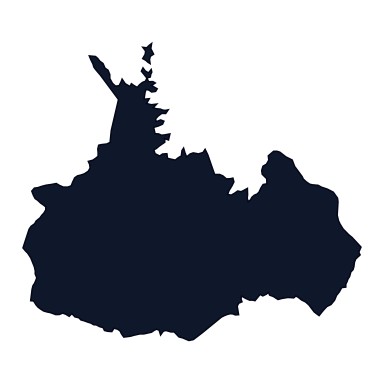 Pedregulho, São Paulo, Brazil
{"feature_id": "56859067B25451774631659", "entity_name": "Pedregulho", "entity_type": "district", "adm_level": 2, "iso_a3": "BRA", "parent_name": "Brazil", "parent_adm1": "São Paulo", "projection": "albers", "projection_center": [-47.446, -20.16], "detail": "fine", "context": "isolated", "style": "filled", "palette": "ink", "viewbox_px": 384, "rotation_deg": 0, "n_neighbors": 0, "source": "geoboundaries", "source_scale": "gbopen_adm2", "svg_char_len": 4225}
<svg xmlns="http://www.w3.org/2000/svg" viewBox="0 0 384 384"><path d="M360.1,254.9L358.8,252.2L361.0,247.1L352.1,237.5L348.6,234.6L343.1,229.0L340.0,224.0L338.5,220.8L337.2,215.2L338.0,201.7L337.5,198.1L333.3,192.2L327.5,189.2L324.9,188.3L321.5,187.2L318.0,185.3L312.3,184.8L309.7,184.2L306.2,181.8L303.3,179.1L302.0,176.4L294.6,166.4L292.2,160.0L285.9,156.9L279.9,152.2L277.1,151.3L273.6,151.3L268.3,155.8L268.8,160.1L266.5,164.2L263.0,166.2L261.7,170.4L262.2,174.2L264.1,176.1L266.7,178.7L266.9,183.8L263.1,184.5L260.9,188.0L259.1,192.0L257.2,194.0L254.3,195.2L251.8,197.4L250.6,199.8L248.1,201.6L247.2,198.1L247.6,194.8L247.4,188.4L243.6,190.5L241.1,191.7L237.7,191.0L234.6,193.2L231.3,195.1L227.6,194.5L229.0,190.6L231.8,186.1L233.9,181.9L232.9,178.1L230.3,178.7L226.4,178.9L222.9,175.9L219.7,174.5L214.6,174.5L207.8,154.9L205.1,149.3L203.0,152.5L198.4,153.9L195.6,153.3L193.2,152.9L190.1,154.0L186.6,156.9L184.9,152.6L183.6,148.1L182.0,150.5L181.3,156.0L178.3,157.7L175.3,160.1L170.8,159.1L167.5,158.3L166.9,153.7L162.5,154.0L159.7,156.0L155.1,153.7L153.8,149.9L156.3,148.5L159.4,145.9L164.8,142.2L164.7,138.6L168.5,140.0L169.1,137.2L169.9,133.9L164.7,134.9L161.4,135.2L158.6,133.9L155.1,133.7L154.4,130.7L153.6,127.4L158.3,126.0L162.5,124.2L163.9,121.2L160.6,119.9L156.3,121.7L155.6,118.8L158.2,116.0L161.7,113.4L165.7,113.5L168.2,109.8L165.3,110.4L162.8,110.1L160.4,109.1L156.3,108.7L153.2,107.7L156.7,104.1L151.2,104.7L146.6,103.5L149.3,98.7L144.1,99.2L144.6,95.4L145.1,92.2L146.0,89.6L148.5,89.9L151.7,92.0L155.6,91.4L157.2,88.8L154.5,87.2L151.6,85.5L155.3,83.0L152.9,81.6L148.6,81.7L146.9,78.0L145.5,81.2L142.5,82.4L139.7,84.6L137.2,87.4L133.9,85.5L131.4,83.7L130.0,86.5L125.2,83.7L122.1,79.1L121.1,81.8L119.1,85.7L115.5,86.1L112.5,83.4L109.8,78.5L109.8,74.6L108.0,70.2L105.0,68.1L103.0,63.5L99.7,61.1L97.8,58.5L95.5,56.5L89.3,55.9L90.9,59.8L93.0,64.0L93.8,66.9L95.3,69.1L97.4,71.6L100.4,75.1L118.5,99.5L111.3,130.4L110.6,137.3L110.1,142.4L106.7,144.0L101.4,144.6L98.7,145.2L97.8,149.0L98.1,152.6L98.1,156.3L95.6,158.3L92.8,160.2L88.3,161.4L89.7,164.5L90.1,168.1L88.2,171.3L84.2,173.9L80.3,175.2L77.6,175.8L74.7,177.8L72.7,182.1L71.2,185.8L68.0,187.1L63.4,187.1L59.6,185.5L56.3,183.5L51.2,184.5L46.1,185.2L41.6,186.4L37.7,187.7L34.4,188.1L31.8,191.1L33.5,195.5L35.2,198.6L37.6,200.2L40.7,203.1L43.6,205.1L45.8,206.9L45.8,209.9L43.8,213.2L41.8,215.3L40.0,217.9L38.0,219.5L36.0,221.2L34.8,223.6L31.1,226.3L29.1,229.2L23.0,247.9L25.4,250.8L27.7,253.1L30.8,257.9L32.6,262.4L34.4,266.8L35.3,271.1L35.2,273.9L36.8,277.8L35.8,280.5L34.5,283.5L33.0,285.7L32.1,289.2L31.7,292.7L31.1,297.3L30.7,300.7L33.7,301.0L35.9,304.6L38.0,307.1L40.4,308.9L43.7,311.0L47.2,312.0L50.3,312.6L55.8,314.6L59.3,314.5L62.7,313.1L65.9,314.3L69.2,316.3L71.9,313.6L74.8,316.8L78.9,317.8L80.9,319.9L84.4,320.9L87.7,322.1L91.0,323.1L93.6,324.7L96.4,324.9L99.5,326.6L103.1,327.6L104.5,330.5L107.7,331.3L111.8,331.6L114.0,328.2L117.7,329.2L120.1,331.0L121.5,333.8L123.8,337.1L127.0,336.7L130.6,336.2L134.1,335.2L140.0,333.9L143.9,333.9L147.4,333.1L151.5,332.2L153.8,330.6L156.3,329.2L159.1,330.1L160.6,335.0L163.2,331.2L166.0,330.5L170.8,331.9L174.2,331.9L176.0,333.8L178.9,336.9L182.7,337.9L188.9,340.5L193.3,339.6L202.2,332.8L221.4,317.1L224.8,315.4L227.8,314.3L230.3,313.7L232.8,313.9L235.3,314.9L238.6,314.7L237.2,306.1L238.7,303.2L242.0,301.8L241.0,299.0L241.6,296.0L245.1,298.1L249.5,300.1L252.6,300.1L255.0,300.7L258.0,297.0L260.2,294.4L262.8,295.9L266.3,294.2L268.5,292.5L269.6,295.1L273.4,296.5L278.0,299.5L282.1,298.4L285.2,297.9L287.7,297.5L290.7,297.6L293.7,297.9L295.9,296.0L298.1,297.2L301.6,300.0L305.5,301.9L308.9,304.9L311.3,308.1L314.2,311.9L316.4,313.6L319.1,315.6L321.7,312.3L323.8,309.8L326.9,306.5L331.0,304.5L334.6,300.1L336.5,295.4L339.3,291.9L341.7,287.6L345.8,287.1L345.8,284.2L347.0,281.7L348.0,279.0L349.6,276.5L350.8,272.0L353.0,269.7L353.9,266.7L354.5,262.0L355.7,259.0L360.1,254.9ZM150.1,63.6L149.5,59.7L150.3,56.3L153.6,54.2L150.8,48.6L151.6,43.5L149.3,45.3L146.7,47.8L142.8,47.3L145.6,51.0L145.2,54.3L142.7,58.6L145.8,60.3L147.9,62.2L150.1,63.6ZM146.9,78.0L150.3,77.0L150.7,74.4L151.8,72.1L151.2,69.5L148.5,72.9L145.2,70.9L143.0,67.9L141.4,71.2L146.9,78.0Z" fill="#0f172a" stroke="#020617" stroke-width="1.5"/></svg>